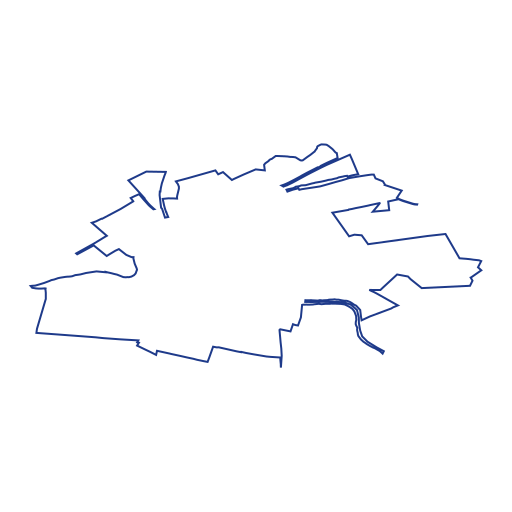 the district of Bauska, Bauska, Latvia
{"feature_id": "27541924B8748628129152", "entity_name": "Bauska", "entity_type": "district", "adm_level": 2, "iso_a3": "LVA", "parent_name": "Latvia", "parent_adm1": "Bauska", "projection": "natural_earth1", "projection_center": [24.202, 56.407], "detail": "fine", "context": "isolated", "style": "outline", "palette": "blue", "viewbox_px": 512, "rotation_deg": 0, "n_neighbors": 0, "source": "geoboundaries", "source_scale": "gbopen_adm2", "svg_char_len": 6003}
<svg xmlns="http://www.w3.org/2000/svg" viewBox="0 0 512 512"><path d="M298.5,188.3L292.8,189.7L287.4,191.6L286.5,189.7L288.1,189.2L290.1,188.8L293.1,188.2L294.6,187.5L295.8,186.7L297.4,186.5L299.5,186.1L301.2,185.4L305.6,185.2L311.1,183.7L311.8,183.5L314.2,183.0L314.8,182.8L315.0,182.7L321.0,181.7L323.7,181.1L325.9,180.6L328.4,179.9L331.6,179.5L333.8,178.9L337.0,178.2L338.7,177.4L341.2,176.9L342.8,176.6L344.3,176.2L347.1,175.8L347.5,176.6L351.6,175.5L352.9,175.2L358.2,174.2L352.0,159.4L349.9,154.7L326.7,164.9L321.3,167.5L311.0,172.7L306.8,174.9L297.9,179.7L297.2,180.1L292.4,182.7L286.8,185.4L285.8,185.7L283.4,186.6L283.2,186.4L281.6,185.5L283.9,184.7L286.3,183.7L288.7,182.6L294.5,179.6L300.1,176.6L301.9,175.5L307.1,172.7L313.8,169.3L317.1,167.6L317.2,168.0L320.3,166.4L320.7,165.9L323.5,164.5L327.2,162.7L330.3,161.3L333.4,159.9L337.6,158.0L336.8,153.1L336.4,153.0L335.6,152.5L334.9,151.8L332.9,149.5L331.9,148.6L328.6,146.0L326.7,144.8L325.7,144.6L321.6,144.4L321.2,144.5L320.5,144.7L318.8,145.6L318.2,145.9L317.7,146.2L317.3,146.6L317.1,147.3L317.0,148.2L315.2,150.6L314.6,151.6L313.7,152.2L313.0,152.8L310.2,155.0L307.4,156.9L302.8,160.3L302.4,160.4L301.9,160.5L300.8,160.4L300.2,160.2L295.5,157.3L294.5,157.2L293.1,157.0L290.1,156.9L287.5,156.5L284.6,156.3L277.6,156.0L275.7,156.0L271.6,159.0L270.7,159.2L269.8,159.7L268.7,160.7L268.6,161.0L266.0,162.8L265.2,163.4L264.1,164.8L264.8,170.4L255.7,169.4L243.7,174.5L233.6,179.1L231.9,180.0L223.0,172.1L218.2,174.3L215.4,170.4L188.2,178.1L175.9,181.4L176.6,182.4L177.9,184.1L178.9,186.7L178.9,188.6L178.0,192.4L177.3,195.2L177.0,197.0L177.1,198.6L172.9,198.4L170.1,198.4L168.7,198.3L162.7,198.9L164.2,205.9L165.0,208.8L166.1,212.1L166.3,212.1L167.1,214.4L168.2,217.0L165.0,217.6L162.1,208.8L161.1,207.7L160.1,199.3L159.6,195.1L159.8,191.5L160.4,191.5L160.6,189.6L160.9,187.7L161.4,185.4L161.9,183.2L163.0,180.0L164.4,175.8L165.6,172.8L165.8,171.9L146.3,171.6L128.4,180.4L142.1,195.5L144.5,198.2L144.4,198.4L145.5,200.0L148.2,203.3L150.3,205.5L153.8,208.7L154.3,209.1L153.4,209.3L150.3,206.7L148.8,205.3L143.5,199.4L139.1,194.2L134.9,196.0L130.7,198.0L133.3,201.3L133.2,201.4L131.2,202.6L120.6,209.0L102.1,218.8L101.8,218.7L101.5,218.7L96.0,221.4L91.8,222.8L100.2,230.1L106.8,235.8L104.7,237.0L100.8,239.4L93.7,243.7L76.2,253.4L77.2,254.3L87.4,248.8L93.7,245.4L106.7,256.0L109.9,254.0L115.4,250.7L118.9,249.1L126.3,254.9L131.5,257.1L133.5,257.1L133.4,258.5L134.7,263.7L136.7,268.4L137.0,269.8L136.4,271.3L135.6,273.5L134.0,275.2L131.4,276.6L128.9,277.2L127.4,277.1L125.8,277.3L123.3,277.1L117.0,274.6L113.9,273.9L111.7,273.3L109.6,272.8L107.7,272.4L105.8,271.9L105.9,272.3L96.5,271.4L86.0,273.0L80.5,274.4L78.6,274.7L76.3,275.0L75.3,275.1L72.3,276.2L71.2,276.4L69.4,276.6L67.2,276.7L65.3,276.9L60.2,277.7L57.9,278.2L56.5,278.7L54.2,279.5L51.4,280.1L49.4,281.0L44.0,283.0L38.4,284.7L35.2,285.6L33.7,285.7L32.1,285.8L30.7,286.0L32.0,287.5L32.2,287.8L33.6,288.0L35.9,288.4L38.7,288.6L40.4,288.6L41.2,288.6L44.3,288.4L45.1,288.4L45.6,288.5L45.5,289.0L45.3,289.4L45.4,289.6L45.5,289.8L45.8,292.8L45.8,299.0L45.5,299.9L37.0,328.7L36.8,330.0L36.4,332.9L58.1,334.5L95.6,337.3L103.1,338.1L121.1,339.4L136.7,340.3L138.3,340.4L137.2,342.3L138.9,342.7L137.1,345.6L146.4,350.1L149.8,351.7L156.1,354.9L157.0,350.8L169.8,353.6L170.9,353.9L179.7,355.8L182.8,356.5L187.2,357.5L193.4,358.8L197.1,359.8L201.5,360.7L203.4,361.1L207.6,361.9L209.3,357.4L211.9,350.1L213.1,346.7L216.8,347.4L218.7,347.3L236.9,351.4L241.2,352.2L241.3,351.9L246.2,353.0L254.0,354.4L266.5,356.5L270.8,356.9L280.3,357.5L280.4,360.2L280.8,364.4L280.8,365.5L280.9,367.6L281.7,355.8L281.3,348.6L280.6,342.3L279.5,330.0L280.2,329.3L290.5,331.4L293.0,324.2L294.3,324.7L295.2,325.0L296.3,325.2L298.0,325.5L300.9,317.4L302.1,304.9L302.9,304.7L304.7,304.7L306.1,304.6L308.8,304.7L313.1,304.5L313.9,304.3L318.8,303.8L321.5,304.2L325.5,303.8L329.6,303.8L329.6,303.6L335.9,303.7L340.8,303.9L343.0,304.2L344.8,304.5L347.9,306.0L350.0,307.2L352.5,309.0L354.4,311.5L356.1,316.0L356.3,319.9L355.8,321.9L355.7,324.1L356.3,325.8L356.9,326.9L357.3,327.9L357.1,329.3L357.2,330.7L357.7,332.8L357.9,334.6L358.4,336.1L360.9,339.4L363.5,341.8L364.6,342.5L367.0,344.2L369.4,345.6L370.4,346.2L371.5,346.7L372.5,347.3L374.5,348.1L375.4,348.5L376.0,348.9L378.1,350.1L378.7,350.4L380.1,351.3L382.6,353.6L383.8,351.2L376.9,347.5L367.5,341.7L362.2,336.4L360.2,330.6L358.9,323.1L358.8,317.4L357.0,310.1L354.7,307.9L350.7,304.6L344.4,302.4L338.7,302.0L328.1,301.7L311.6,302.0L305.2,301.9L305.4,300.2L306.8,300.3L311.5,300.2L312.1,300.3L318.0,300.6L319.5,300.2L321.0,300.2L321.8,300.5L323.6,300.3L325.2,300.2L325.9,300.2L328.3,300.0L328.8,299.7L330.3,299.6L331.4,299.6L332.2,299.5L333.2,299.5L334.4,299.3L336.8,299.7L338.6,299.7L339.2,299.8L341.6,300.3L344.0,300.7L346.6,300.8L347.8,301.1L350.0,302.0L351.4,302.8L352.6,303.6L353.8,304.5L356.2,305.7L359.1,308.8L360.2,310.0L361.0,316.6L361.6,320.3L370.0,316.4L391.2,308.5L393.2,307.3L397.9,305.4L388.6,300.2L380.8,295.8L376.5,293.4L373.8,292.0L371.5,291.0L369.3,289.9L373.0,290.0L380.4,290.0L382.8,287.7L397.1,274.5L408.0,276.5L410.5,279.1L421.7,288.1L470.0,285.8L472.5,280.7L470.7,277.6L471.0,277.5L481.3,270.3L478.0,267.3L481.2,261.1L479.0,260.3L473.4,259.7L470.0,259.2L466.0,258.8L459.5,258.3L445.5,234.0L427.5,236.0L368.1,244.2L361.7,235.3L354.4,234.7L349.1,236.3L332.4,212.7L348.5,209.9L348.8,209.5L351.8,209.0L355.7,208.1L358.8,207.5L361.4,207.0L368.1,205.6L370.1,205.1L378.5,203.3L379.6,203.1L379.7,203.3L379.1,204.1L377.6,206.0L372.8,211.7L389.2,210.2L388.2,201.5L398.6,199.2L400.9,200.2L403.0,201.0L412.7,204.0L413.5,204.2L414.4,204.4L415.3,204.5L417.1,204.6L417.2,204.3L415.7,204.2L414.3,204.0L412.9,203.7L405.0,201.2L403.1,200.6L401.2,199.9L399.4,199.2L397.7,198.3L396.9,197.8L401.7,190.6L384.8,185.0L385.0,184.7L382.9,181.3L375.5,178.4L373.8,174.6L371.3,174.6L366.9,175.2L359.7,176.3L349.1,178.1L342.0,180.3L337.5,181.5L335.6,182.0L328.8,184.0L320.1,186.4L315.6,187.1L301.7,189.2L299.3,189.8L298.5,188.3Z" fill="none" stroke="#1e3a8a" stroke-width="2"/></svg>